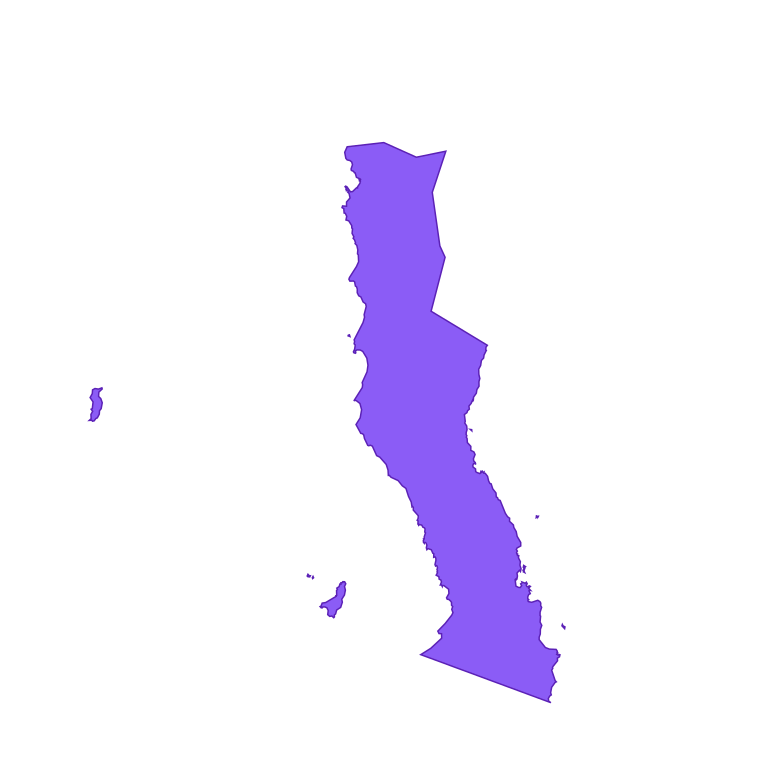 Ensenada, Baja California, Mexico, rotated 21°
{"feature_id": "50627088B13797450449328", "entity_name": "Ensenada", "entity_type": "district", "adm_level": 2, "iso_a3": "MEX", "parent_name": "Mexico", "parent_adm1": "Baja California", "projection": "orthographic", "projection_center": [-114.931, 30.193], "detail": "fine", "context": "isolated", "style": "filled", "palette": "violet", "viewbox_px": 768, "rotation_deg": 21, "n_neighbors": 0, "source": "geoboundaries", "source_scale": "gbopen_adm2", "svg_char_len": 6179}
<svg xmlns="http://www.w3.org/2000/svg" viewBox="0 0 768 768"><g transform="rotate(21 384 384)"><path d="M264.6,175.7L264.3,181.8L267.5,187.0L269.3,188.0L272.2,187.6L274.3,188.3L276.0,190.6L276.2,195.1L277.0,196.3L279.4,196.4L281.1,197.7L280.8,197.3L281.4,197.2L284.2,200.9L286.8,201.1L288.1,202.9L287.4,201.7L287.8,201.0L288.6,201.3L288.2,201.8L288.6,201.6L289.0,202.7L288.6,202.7L288.5,203.2L289.3,203.2L289.6,205.3L288.6,209.6L289.0,210.4L288.0,210.7L285.7,215.6L283.8,216.6L278.8,213.2L277.3,213.0L276.9,213.7L278.5,214.8L278.8,216.0L279.6,215.7L279.7,217.0L281.3,216.7L282.1,217.8L281.8,218.1L283.1,218.6L285.6,222.5L283.8,227.5L285.3,231.5L281.5,232.6L281.6,234.4L283.6,234.7L285.5,238.7L286.7,238.5L289.1,240.8L289.7,244.5L292.6,244.3L297.1,247.7L298.0,249.9L299.0,250.4L300.2,254.8L303.1,257.4L303.0,259.1L304.6,259.8L306.7,262.2L306.7,263.3L308.9,264.3L311.5,268.2L312.6,272.0L313.7,272.6L316.5,279.0L316.2,284.2L313.6,297.0L313.7,298.8L315.3,300.2L318.6,298.8L319.9,299.1L322.2,302.8L323.4,303.0L325.0,304.9L326.3,308.4L328.8,310.7L331.2,311.0L335.1,314.9L338.1,315.7L339.6,318.0L340.6,326.4L341.9,328.6L342.4,334.2L340.3,353.5L341.3,354.8L341.7,357.2L342.9,357.7L343.4,358.8L344.1,362.1L343.9,364.9L344.5,365.6L346.2,365.6L346.5,365.0L345.4,363.2L346.7,361.8L349.6,360.8L352.5,361.2L358.7,366.0L362.3,372.2L363.8,378.7L363.1,390.5L364.3,392.3L365.0,395.1L361.9,410.6L362.7,409.6L364.2,409.5L368.5,410.8L372.3,416.0L373.9,424.1L372.4,431.9L380.0,438.4L381.7,438.1L383.3,438.8L385.3,441.9L390.8,447.1L391.9,447.1L393.3,446.0L395.4,446.2L402.8,453.5L406.3,453.8L414.9,458.3L418.6,462.9L420.8,467.8L421.7,467.4L424.1,468.6L431.8,469.1L437.6,472.5L441.9,473.6L447.2,480.2L451.7,484.4L454.2,488.7L454.6,488.1L455.6,488.7L456.5,491.2L463.2,494.7L464.0,497.2L463.8,499.4L464.9,499.6L465.8,502.5L466.3,502.3L467.0,503.5L467.6,502.5L469.8,502.2L471.7,503.8L473.4,503.8L474.3,504.7L475.1,507.6L476.1,508.1L476.3,512.2L476.9,513.7L476.5,514.3L477.0,514.4L476.8,516.0L477.6,517.7L478.6,518.2L478.4,517.6L479.5,517.1L480.5,517.6L481.8,519.1L482.2,521.7L483.4,523.3L484.0,521.9L487.6,521.8L490.2,524.5L491.3,524.6L492.5,528.0L493.5,527.1L494.7,527.9L495.6,529.8L496.3,534.3L497.4,535.5L498.1,534.7L498.7,534.9L499.8,536.4L500.0,538.4L501.0,539.3L500.8,540.4L501.6,541.1L501.2,543.8L504.2,544.2L505.5,546.5L507.2,546.5L508.6,548.2L508.6,551.5L509.7,551.0L511.0,552.2L510.9,551.2L512.1,550.7L517.8,552.4L519.7,556.3L519.0,561.2L520.2,562.3L521.7,561.9L524.0,562.8L525.3,563.7L526.3,566.3L527.9,567.2L528.0,570.1L530.3,572.7L530.1,575.5L526.9,585.8L522.8,595.4L524.8,597.3L527.2,596.5L528.9,600.7L522.4,614.0L515.3,623.5L654.0,621.7L651.4,621.0L650.1,618.7L650.5,616.0L651.6,614.3L650.2,612.5L649.2,607.0L650.7,601.3L651.6,600.3L650.1,599.6L643.1,591.1L643.5,589.1L642.9,588.4L643.0,587.1L645.2,580.2L644.1,577.8L645.6,575.8L645.3,573.7L644.2,573.8L643.8,574.7L642.1,574.5L642.6,572.8L641.8,572.7L641.6,571.4L639.8,570.1L633.5,572.2L629.1,572.2L620.5,567.1L619.6,564.8L619.5,561.4L617.9,556.9L617.8,552.8L615.0,550.3L613.4,544.6L612.7,544.3L611.5,541.1L611.2,536.0L609.7,534.8L608.9,532.4L607.6,531.3L605.1,530.8L600.1,534.9L596.8,535.4L596.1,534.9L595.8,534.0L596.4,533.5L595.1,532.8L594.5,531.2L594.5,528.7L595.7,527.3L593.5,525.1L593.7,524.2L594.7,524.1L592.2,522.8L593.2,520.5L591.9,520.4L591.0,521.8L590.0,521.9L588.8,520.7L589.3,519.2L587.9,518.0L587.3,519.4L583.9,519.4L584.4,519.8L583.2,521.6L584.8,523.0L584.1,525.2L582.4,525.7L579.6,525.4L576.5,519.5L577.6,517.6L577.9,518.8L578.0,518.6L577.4,515.4L575.9,512.9L577.2,509.4L578.6,510.2L578.2,507.4L575.8,504.4L575.0,501.0L571.8,498.1L571.3,496.0L570.1,496.3L569.6,494.8L568.8,495.0L568.1,493.7L568.4,492.2L566.8,491.1L567.0,489.4L569.7,486.2L568.4,482.9L562.9,478.5L560.3,474.4L556.6,471.4L555.3,469.2L550.4,467.2L549.4,464.3L546.9,463.6L543.6,461.2L534.2,451.1L532.1,451.0L530.7,449.4L529.3,449.2L527.6,445.6L523.1,442.9L519.8,438.8L518.5,438.9L516.4,437.0L513.8,433.1L510.5,431.1L509.0,431.4L508.9,430.6L508.6,431.1L507.0,430.1L506.6,430.8L505.8,430.7L505.9,431.8L506.8,431.4L505.6,433.3L502.2,433.3L501.0,432.9L499.9,430.5L496.9,429.6L496.1,428.2L496.1,426.2L497.4,425.7L498.5,426.2L497.3,424.6L495.4,423.7L494.3,421.8L494.3,417.2L492.3,415.2L488.8,414.8L487.4,411.1L482.8,408.8L481.1,405.1L479.9,404.2L479.8,402.5L478.8,401.8L478.1,399.7L477.9,396.9L476.2,393.5L473.4,391.5L473.2,389.7L470.0,383.7L471.7,381.0L471.6,379.0L472.7,376.9L471.2,374.2L472.3,371.0L472.5,367.2L473.1,367.7L473.2,367.1L472.3,364.2L473.5,359.5L472.7,355.9L473.5,352.0L471.8,347.8L471.5,344.5L469.1,341.0L467.1,336.2L467.6,332.1L466.5,327.1L467.7,324.1L467.0,321.0L467.5,315.9L466.8,315.7L466.0,313.1L466.6,310.8L401.9,299.2L395.6,243.8L386.7,235.1L360.4,187.8L358.3,144.5L332.9,160.7L297.3,158.7L264.6,175.7ZM418.1,582.7L416.4,583.3L416.6,584.1L415.0,585.0L415.5,586.2L414.5,586.5L414.7,589.2L413.1,591.5L414.1,592.4L413.7,593.8L415.6,598.3L414.9,598.9L415.4,599.4L407.9,608.9L404.8,610.7L404.8,614.0L404.1,614.7L405.5,615.4L405.6,614.7L406.6,614.9L406.6,614.2L408.7,613.3L410.9,613.4L413.1,615.5L414.1,619.5L416.6,620.4L418.5,619.3L420.8,620.2L421.2,619.2L420.4,617.5L421.2,616.0L420.8,612.0L423.6,608.1L423.3,602.6L421.7,600.1L422.7,595.2L421.8,590.2L419.7,587.2L419.9,584.2L418.1,582.7ZM120.7,493.8L122.7,489.6L122.0,488.7L119.2,491.1L115.8,491.8L114.0,493.9L115.1,497.5L114.5,502.0L118.8,505.0L120.5,511.5L119.6,512.5L121.8,513.9L121.3,517.4L123.0,521.3L121.9,523.6L124.1,522.6L125.2,523.2L126.6,522.3L127.4,519.4L128.5,518.4L129.0,514.2L128.0,510.9L128.8,508.4L127.7,502.5L124.8,499.1L122.0,497.9L120.7,493.8ZM579.4,503.3L579.7,505.2L580.4,505.3L580.9,506.9L580.5,508.0L581.6,508.3L581.4,509.4L582.9,509.6L581.6,508.3L581.5,505.3L581.0,504.9L581.6,503.8L579.4,503.3ZM383.2,589.9L381.2,588.9L381.1,590.8L382.0,591.2L383.8,590.7L383.9,589.5L383.2,589.9ZM636.7,544.6L636.8,546.0L640.3,547.7L640.0,545.9L637.8,545.6L636.7,544.6ZM334.1,350.5L333.2,351.2L333.2,351.9L335.2,351.9L334.1,350.5ZM575.5,452.5L573.6,452.5L574.0,454.2L575.3,452.6L575.3,452.9L575.4,453.1L575.5,452.5ZM387.1,591.2L387.7,590.1L386.7,589.1L386.5,590.5L387.1,591.2ZM482.2,395.2L480.9,395.5L482.7,396.2L482.2,395.2Z" fill="#8b5cf6" stroke="#5b21b6" stroke-width="1.5"/></g></svg>